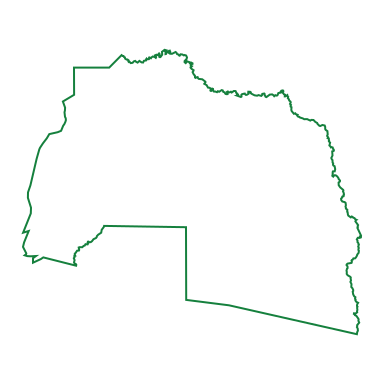 the district of Lavalle, Mendoza, Argentina
{"feature_id": "61730980B15586340414503", "entity_name": "Lavalle", "entity_type": "district", "adm_level": 2, "iso_a3": "ARG", "parent_name": "Argentina", "parent_adm1": "Mendoza", "projection": "natural_earth1", "projection_center": [-67.695, -32.596], "detail": "fine", "context": "isolated", "style": "outline", "palette": "green", "viewbox_px": 384, "rotation_deg": 0, "n_neighbors": 0, "source": "geoboundaries", "source_scale": "gbopen_adm2", "svg_char_len": 5838}
<svg xmlns="http://www.w3.org/2000/svg" viewBox="0 0 384 384"><path d="M229.0,305.3L356.9,334.2L357.2,332.1L357.9,330.7L357.7,328.5L356.9,327.1L357.3,326.0L357.1,325.2L359.2,322.6L358.4,320.8L358.6,319.2L358.2,318.5L356.4,315.9L354.9,315.1L354.5,314.1L353.9,313.9L354.0,313.3L355.6,313.5L357.2,312.3L357.0,311.2L357.4,309.9L357.1,307.8L357.5,306.6L357.0,306.1L357.0,305.3L357.3,304.0L358.1,302.8L356.3,301.8L355.4,300.5L355.6,299.5L355.0,298.8L355.4,297.2L354.2,296.3L353.2,294.4L352.7,291.6L353.2,291.0L353.2,289.9L352.4,288.2L351.3,287.0L351.5,284.1L350.4,281.9L351.0,280.5L350.6,278.4L350.8,277.7L350.4,276.9L347.6,275.2L346.7,273.9L346.8,271.9L346.5,270.7L347.0,268.7L347.5,268.3L347.6,267.1L347.5,266.4L346.5,265.0L346.8,264.3L347.6,263.6L351.5,262.9L351.9,261.8L351.5,260.6L351.9,260.0L352.7,259.7L353.4,258.4L355.0,258.4L355.9,257.5L357.1,255.4L357.2,254.6L358.6,252.9L358.9,250.8L358.5,250.3L358.4,249.1L358.8,248.0L358.2,246.7L358.6,245.8L358.5,244.7L358.8,244.5L358.2,242.9L357.5,242.2L357.5,240.5L356.8,239.4L357.8,237.8L359.6,237.9L360.9,237.4L361.0,236.2L360.2,236.1L360.8,235.1L357.4,227.9L357.9,227.1L357.6,226.2L358.1,225.1L355.4,221.4L355.9,220.1L356.4,219.8L355.3,219.3L354.5,218.1L353.2,217.7L352.6,216.9L351.7,216.5L350.8,217.4L348.3,215.6L347.9,214.6L347.6,212.1L347.2,211.8L347.3,209.7L345.9,208.6L345.9,207.5L345.5,206.7L345.9,205.2L345.6,202.9L344.7,202.1L342.3,201.5L341.2,200.0L341.1,198.6L342.1,197.6L342.1,197.0L342.5,196.4L343.5,196.3L343.8,195.8L343.6,194.9L344.0,194.3L343.5,192.3L343.0,191.6L343.4,190.4L343.2,189.9L340.2,187.4L338.7,185.2L338.6,182.5L339.9,181.5L340.0,180.5L338.7,179.1L338.6,178.4L337.3,176.5L335.9,175.4L334.8,175.2L333.8,175.8L333.2,176.6L332.3,175.8L332.8,173.8L332.6,173.2L332.8,171.6L333.0,171.3L334.7,171.3L335.2,169.2L334.6,166.2L333.5,165.6L333.0,164.8L333.2,163.3L332.6,162.6L332.5,160.1L331.9,159.5L331.3,158.0L332.5,155.5L332.2,151.4L333.7,150.9L333.9,150.2L333.6,149.4L333.0,148.9L332.7,147.5L331.5,147.1L330.9,147.4L330.3,146.3L329.4,145.5L330.1,142.6L328.9,141.4L329.1,140.5L328.8,140.1L328.9,138.9L328.6,138.2L327.7,138.1L328.0,137.1L327.1,135.9L327.7,134.4L327.4,131.1L325.7,129.9L325.2,129.0L325.2,126.9L324.7,125.5L322.4,125.0L320.3,126.0L319.4,125.8L317.5,123.9L317.2,123.0L315.3,121.9L313.5,120.0L311.3,119.9L310.3,120.6L307.1,119.1L304.2,119.2L302.8,118.4L299.9,117.5L299.4,116.9L298.2,116.7L297.2,115.6L297.6,114.8L295.9,114.2L295.3,113.3L293.9,113.8L291.7,111.1L291.3,109.9L291.5,107.2L290.7,106.7L290.5,106.0L291.0,104.9L290.0,103.9L290.7,102.5L290.5,101.6L289.2,100.5L288.9,99.3L287.8,98.1L288.2,96.9L287.6,96.3L287.3,95.1L285.4,96.4L284.8,96.4L285.0,94.7L283.9,94.3L283.3,93.2L282.2,92.5L282.6,91.7L283.3,91.4L283.2,90.6L282.7,90.4L281.4,90.7L280.6,91.7L280.4,92.7L278.4,93.0L277.5,95.2L277.1,95.5L276.2,95.6L275.3,95.2L274.2,96.2L273.4,95.2L272.2,94.4L269.8,94.6L266.4,97.1L265.6,96.8L265.2,95.8L264.7,95.5L264.6,93.9L264.2,93.5L262.3,93.9L262.0,95.2L261.3,95.9L258.5,95.1L257.1,95.7L254.5,95.3L251.6,93.8L250.9,93.3L250.8,92.3L250.1,91.8L248.3,91.7L248.2,92.3L248.8,93.1L248.6,93.7L246.8,94.8L245.9,94.9L244.9,94.1L244.8,93.6L244.3,93.6L242.0,94.2L241.4,94.8L241.5,96.6L240.9,97.0L237.0,95.6L238.1,95.3L238.1,94.8L237.1,94.4L236.9,94.0L237.2,93.5L236.2,92.8L235.7,91.2L235.2,91.0L233.8,91.0L231.7,92.5L230.9,91.7L229.7,92.4L228.2,92.1L227.8,91.5L226.9,92.0L227.3,92.9L227.8,93.1L227.6,94.1L226.7,94.2L225.5,93.9L224.5,92.3L223.3,91.9L222.7,90.4L221.7,90.1L219.1,91.8L217.9,91.2L217.0,92.2L215.2,91.5L214.0,91.6L213.2,90.6L213.0,88.9L212.2,88.6L211.4,89.6L211.3,90.9L210.7,90.9L210.4,90.6L210.8,88.7L209.6,87.8L208.0,87.6L206.6,85.1L204.3,83.8L205.5,82.1L205.4,81.7L202.3,79.3L198.8,78.9L198.0,78.2L197.6,77.1L196.2,77.4L195.7,77.9L195.0,77.5L194.9,75.6L193.8,74.5L192.6,72.1L193.3,71.1L193.6,70.2L191.6,68.9L190.6,67.7L191.9,66.3L190.7,65.8L190.8,65.2L191.7,64.1L192.5,63.9L192.5,63.3L191.2,62.6L190.3,63.6L189.8,63.4L189.6,62.2L187.1,61.4L185.7,63.1L184.6,62.2L184.6,61.6L185.8,61.5L186.3,60.8L186.3,60.3L185.5,60.1L186.6,58.9L187.0,57.4L186.1,55.5L184.6,55.0L183.9,55.4L182.4,54.5L180.5,54.3L179.8,55.6L179.4,55.7L178.0,54.3L177.1,54.1L176.5,52.8L175.6,52.0L172.0,53.8L170.0,53.7L169.0,53.0L170.3,52.0L169.9,51.0L169.5,51.4L169.1,50.9L167.5,51.9L167.0,51.5L166.0,54.0L165.5,54.1L165.6,51.6L164.2,50.7L165.6,50.1L164.6,49.8L162.0,51.8L162.2,54.7L160.5,57.0L160.0,57.2L159.3,56.9L159.2,56.3L159.7,55.1L159.5,53.8L159.1,53.4L157.6,55.1L156.4,54.7L154.9,55.4L155.1,56.2L155.9,56.4L156.1,57.4L155.8,57.9L154.8,57.1L152.7,56.5L151.4,57.5L151.0,58.2L149.4,57.4L149.1,57.5L149.2,58.9L148.8,59.2L147.0,59.1L146.6,58.6L146.1,59.3L146.4,60.0L146.2,60.4L143.9,60.8L143.1,62.5L141.6,62.4L139.4,60.9L137.6,62.6L136.2,61.9L135.2,60.9L133.8,61.4L132.6,62.8L130.7,63.1L129.4,61.6L128.8,62.0L128.6,61.8L128.2,60.9L128.4,60.2L127.5,59.5L126.6,59.6L125.1,58.6L124.9,57.4L124.0,57.0L123.5,56.0L122.6,56.0L121.6,55.1L109.2,67.6L74.0,67.6L74.1,94.8L62.9,101.5L65.1,107.7L64.9,110.7L64.5,112.2L65.0,116.8L65.7,118.2L65.9,120.1L65.4,121.8L64.3,124.2L63.2,125.7L61.1,130.8L57.7,132.2L49.3,134.1L46.8,138.3L42.9,143.4L40.0,147.8L39.3,149.4L36.6,158.9L30.4,185.4L28.0,192.4L27.9,197.8L31.0,207.7L30.8,213.4L23.1,232.7L28.7,231.0L24.1,242.4L23.0,246.9L26.3,253.4L26.1,254.2L24.7,255.3L27.2,256.1L30.5,256.3L36.0,256.0L33.0,258.2L33.0,262.7L40.8,259.1L43.3,257.4L76.1,265.7L76.3,264.8L76.0,264.2L74.5,263.3L74.0,262.4L74.6,260.1L73.8,258.2L74.5,257.3L74.3,256.1L75.3,255.8L74.7,254.3L74.8,253.6L75.4,253.2L77.1,250.7L79.0,250.5L79.2,249.9L78.7,247.5L79.5,247.2L82.3,247.2L83.6,245.9L84.7,245.6L85.5,244.2L87.6,244.4L88.0,243.7L87.6,242.7L87.9,241.7L88.5,241.6L89.5,242.3L90.8,242.1L92.0,241.2L93.5,239.2L96.0,238.0L96.7,237.1L96.9,236.1L98.2,234.7L101.2,232.7L101.7,229.8L103.8,227.0L104.1,225.9L186.0,227.2L186.2,299.9L229.0,305.3Z" fill="none" stroke="#15803d" stroke-width="2"/></svg>